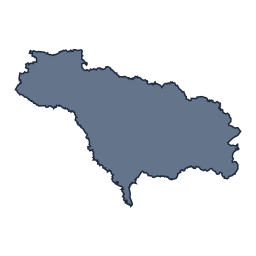 Tierra Blanca, Veracruz, Mexico
{"feature_id": "50627088B91497262101236", "entity_name": "Tierra Blanca", "entity_type": "district", "adm_level": 2, "iso_a3": "MEX", "parent_name": "Mexico", "parent_adm1": "Veracruz", "projection": "orthographic", "projection_center": [-96.335, 18.527], "detail": "fine", "context": "isolated", "style": "filled", "palette": "slate", "viewbox_px": 256, "rotation_deg": 0, "n_neighbors": 0, "source": "geoboundaries", "source_scale": "gbopen_adm2", "svg_char_len": 5734}
<svg xmlns="http://www.w3.org/2000/svg" viewBox="0 0 256 256"><path d="M121.7,189.4L122.8,189.7L121.9,190.7L122.2,191.4L123.6,192.8L123.4,193.9L124.2,194.2L122.8,196.4L123.3,196.4L123.3,197.2L124.3,198.1L123.7,199.5L124.2,200.7L126.9,200.3L127.0,201.9L125.7,201.8L126.0,202.3L125.4,202.8L129.2,204.9L129.9,205.0L130.0,204.6L130.8,206.4L132.2,204.8L132.2,203.3L129.9,197.3L130.2,193.7L128.8,186.6L129.2,187.4L129.7,187.3L130.0,184.9L130.9,185.0L131.2,183.3L132.5,183.4L132.6,182.5L135.9,183.3L135.2,182.5L136.0,179.6L135.2,179.5L136.8,177.6L138.0,177.5L140.9,172.8L142.3,171.4L143.5,171.7L144.0,172.8L146.4,172.8L147.7,174.0L148.2,175.6L151.8,175.9L152.7,177.2L154.2,177.4L156.4,176.2L158.8,176.1L160.5,176.8L161.1,175.9L161.8,176.3L163.7,176.0L164.4,176.8L165.0,176.3L167.1,177.2L167.7,176.7L169.3,178.9L171.2,179.6L171.3,179.0L172.1,179.5L172.8,178.8L174.2,179.0L176.3,178.2L177.6,175.7L177.6,173.7L178.7,173.6L179.5,172.4L180.7,172.4L180.5,170.5L182.6,169.9L183.1,170.8L184.5,170.7L185.3,168.7L186.8,167.6L187.4,168.0L188.8,166.6L189.8,167.2L191.0,166.0L192.7,167.6L193.7,167.2L193.8,168.3L194.9,168.5L195.5,168.3L196.3,166.5L198.9,167.2L200.9,169.4L203.7,170.6L205.0,169.5L206.9,171.1L209.0,170.1L210.4,168.6L211.9,168.6L212.3,169.7L215.5,171.8L216.8,174.0L217.6,174.3L219.2,173.7L219.8,172.3L221.3,172.7L221.9,173.2L221.9,174.7L222.6,176.0L223.3,176.7L224.3,176.8L224.3,178.2L227.4,178.7L228.7,177.6L229.0,176.4L232.1,175.7L233.9,174.0L235.0,174.2L235.2,173.0L237.9,168.9L237.8,164.5L236.0,161.8L234.8,161.5L233.0,162.4L232.3,161.9L232.1,161.2L233.4,158.7L232.3,156.9L233.0,153.2L234.7,151.1L236.0,150.6L235.9,148.9L237.0,148.8L237.8,149.8L238.8,148.9L238.5,148.1L237.2,147.3L237.8,145.7L237.6,144.3L235.6,145.9L232.3,145.2L231.1,145.6L228.5,144.2L228.5,142.9L227.9,142.6L233.4,137.6L237.7,135.4L240.6,131.4L237.8,127.7L234.3,128.0L232.5,126.4L228.7,125.1L228.6,124.0L230.8,121.6L230.9,118.3L229.8,117.4L229.3,115.0L227.6,113.3L225.7,113.9L223.0,112.4L222.6,109.8L220.7,110.3L220.3,109.9L220.8,108.9L220.4,108.1L219.1,108.6L218.9,107.4L220.2,106.2L219.7,105.4L220.4,104.8L220.1,103.1L219.0,103.0L217.2,101.6L214.9,102.8L213.0,102.1L212.9,100.8L211.7,100.2L211.5,100.8L210.2,100.3L209.7,101.2L209.3,100.6L209.1,101.4L208.4,100.8L207.9,101.1L207.4,100.7L207.5,99.3L206.5,98.0L202.0,96.6L197.0,97.1L197.0,98.2L196.3,98.5L191.2,98.4L191.1,100.4L189.4,100.7L189.0,99.9L186.2,98.9L186.3,96.6L185.4,96.0L183.7,91.7L182.1,92.0L181.7,90.9L179.0,88.5L177.2,85.3L176.1,85.6L175.5,85.0L174.6,82.9L173.0,83.0L172.2,82.0L171.6,82.7L170.6,82.0L169.5,83.7L168.2,83.0L167.0,83.8L165.7,83.4L163.7,84.5L161.9,87.5L160.7,85.5L156.8,83.6L155.5,83.8L155.4,82.9L154.8,83.6L154.7,82.5L153.3,84.3L152.8,83.7L152.4,84.5L151.4,83.4L149.0,84.3L147.7,83.8L147.2,82.9L147.6,81.7L146.9,81.5L147.0,80.8L145.6,80.7L145.4,79.9L143.4,80.3L141.6,79.4L140.5,78.0L138.5,77.4L138.1,77.8L137.5,76.6L136.9,77.3L135.9,76.4L135.0,76.6L134.7,77.8L133.7,77.9L133.4,79.0L132.4,79.4L132.0,79.4L132.0,78.3L130.6,78.9L129.2,78.1L128.9,78.7L128.4,77.7L126.8,77.6L125.5,76.6L123.9,76.5L123.1,77.3L122.0,76.7L118.9,76.9L118.9,75.9L116.8,74.4L116.8,73.1L114.5,72.9L114.2,71.9L112.0,69.8L111.0,69.9L110.7,68.2L107.8,66.7L106.0,66.9L106.1,67.5L104.7,68.8L102.4,69.6L101.9,68.7L100.4,68.9L100.4,68.1L99.7,68.0L97.6,68.2L96.2,69.9L95.1,69.1L94.0,69.3L93.8,68.8L91.8,69.8L90.6,69.1L89.1,71.0L87.7,69.9L86.7,69.7L86.4,70.4L85.6,70.5L83.8,69.9L81.8,66.9L81.8,63.8L82.8,63.2L85.0,63.6L86.5,65.1L87.1,64.0L86.7,62.6L85.4,62.6L83.4,60.0L81.8,59.4L81.8,56.5L82.7,55.8L81.8,54.9L81.8,51.9L82.3,51.6L81.8,50.2L81.1,49.9L77.5,50.5L74.9,49.6L73.2,50.0L73.3,51.1L72.9,51.3L71.7,51.2L71.4,50.5L70.6,50.2L69.9,51.6L69.1,51.1L67.7,51.8L65.9,50.1L64.4,50.7L63.3,50.4L62.0,51.5L61.2,51.2L60.6,52.0L59.5,51.8L58.7,53.1L57.5,53.8L54.6,54.9L53.9,54.6L53.1,55.5L50.5,54.5L49.6,54.8L47.8,53.9L47.6,52.9L46.7,53.6L44.3,52.2L38.3,51.5L37.2,52.0L33.2,50.8L32.6,52.1L30.6,50.8L30.6,51.3L29.8,51.4L29.5,53.3L32.4,53.7L32.1,56.0L34.1,56.4L34.7,57.4L35.5,57.2L36.4,58.0L36.6,62.1L33.1,62.1L33.2,63.6L30.3,63.2L29.0,64.7L28.1,63.0L25.7,64.3L26.5,66.0L25.6,67.5L26.7,68.4L28.5,68.7L28.0,72.2L26.4,72.7L24.6,71.9L24.2,72.8L22.3,73.8L19.9,73.1L19.0,79.1L20.1,79.8L19.5,80.7L20.8,81.0L21.1,83.3L20.0,83.0L18.6,85.1L18.1,85.0L15.4,89.7L17.3,90.9L17.3,92.0L18.9,93.3L19.8,94.8L20.6,94.4L22.7,95.0L24.7,97.0L26.7,97.2L27.9,98.7L28.8,98.9L28.8,99.6L30.7,100.8L31.5,100.7L31.6,101.4L32.3,101.3L33.8,102.7L33.8,103.2L35.7,103.6L36.7,104.9L37.3,104.6L38.6,105.9L45.4,105.7L45.9,107.0L46.8,107.3L48.4,106.8L48.5,106.1L50.9,105.9L51.4,106.8L53.5,107.4L53.6,108.2L53.9,107.7L54.8,107.8L55.0,106.8L56.1,107.2L56.6,105.3L58.2,105.8L58.8,105.5L59.1,106.1L59.8,105.3L63.6,108.3L65.0,108.0L64.9,108.7L67.5,108.8L68.1,109.9L69.1,110.2L68.9,111.2L70.4,111.0L71.0,112.1L72.0,111.0L73.1,111.3L73.4,112.2L74.4,112.2L75.4,115.5L76.6,117.1L76.0,117.1L75.2,120.0L76.8,121.4L77.1,122.9L77.7,122.8L77.9,124.6L79.2,125.3L79.9,125.0L80.2,126.4L81.3,126.4L81.1,127.5L83.0,128.7L85.6,133.1L87.1,134.1L87.2,135.0L86.1,137.3L86.8,138.3L88.5,138.2L88.3,139.3L88.9,139.7L89.6,142.8L89.1,144.2L90.4,146.4L87.9,146.7L88.0,148.7L89.0,149.2L89.9,150.8L92.6,149.7L92.5,150.8L93.8,152.6L93.1,153.8L93.8,157.0L93.0,157.5L94.2,158.3L93.2,159.9L95.6,159.9L96.5,160.9L97.9,159.7L97.1,161.0L97.4,161.7L98.3,161.8L97.7,162.9L97.9,164.1L99.3,163.7L99.8,165.6L101.6,164.9L102.5,165.4L103.2,168.1L105.4,168.1L105.0,169.1L107.7,170.9L107.5,171.9L109.1,171.1L109.3,170.2L110.6,170.7L111.6,173.9L113.4,175.0L112.1,176.4L112.9,178.1L111.9,178.6L112.5,180.9L115.2,183.3L115.5,182.8L116.2,183.2L116.7,181.8L118.1,182.0L117.6,184.1L116.7,184.4L120.5,186.4L121.5,186.2L122.8,187.4L121.7,188.9L122.5,189.1L121.7,189.4Z" fill="#64748b" stroke="#1e293b" stroke-width="1.5"/></svg>